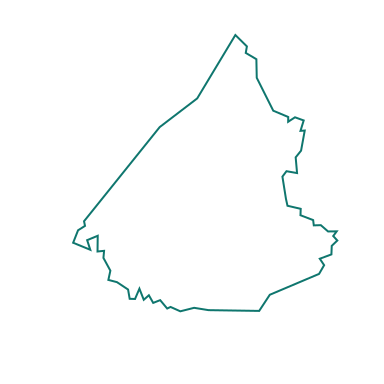 the district of Hopkins, Kentucky, United States of America, rotated 341°
{"feature_id": "52423323B92767937246605", "entity_name": "Hopkins", "entity_type": "district", "adm_level": 2, "iso_a3": "USA", "parent_name": "United States of America", "parent_adm1": "Kentucky", "projection": "natural_earth1", "projection_center": [-87.533, 37.338], "detail": "fine", "context": "isolated", "style": "outline", "palette": "teal", "viewbox_px": 384, "rotation_deg": 341, "n_neighbors": 0, "source": "geoboundaries", "source_scale": "gbopen_adm2", "svg_char_len": 914}
<svg xmlns="http://www.w3.org/2000/svg" viewBox="0 0 384 384"><g transform="rotate(341 192 192)"><path d="M80.4,184.5L79.8,189.2L71.8,191.1L63.1,201.3L77.0,213.5L77.2,203.4L88.6,202.7L83.3,217.5L89.7,219.0L86.8,225.5L89.2,239.8L84.3,247.9L91.7,252.8L99.8,263.4L98.3,272.7L103.3,274.6L110.8,266.3L111.3,278.2L117.6,275.6L119.2,284.2L126.7,283.9L130.6,294.1L134.3,293.7L142.1,301.0L156.3,302.2L169.2,309.1L216.8,326.3L232.1,314.5L285.5,310.8L293.1,304.2L291.1,296.7L303.5,296.4L306.6,288.4L313.6,285.2L311.2,279.6L316.0,276.3L307.8,273.6L303.0,265.3L296.3,263.2L297.4,258.0L287.0,249.3L289.3,243.3L277.8,236.1L278.6,229.1L282.5,206.9L288.1,203.1L297.5,208.3L301.3,193.0L308.6,188.4L318.6,170.6L314.5,169.5L320.9,160.7L313.7,154.9L305.8,156.9L307.4,152.4L295.3,141.6L290.4,105.1L296.1,87.4L288.1,78.0L291.3,72.2L284.1,57.7L227.4,105.2L182.6,120.1L80.4,184.5Z" fill="none" stroke="#0f766e" stroke-width="2"/></g></svg>